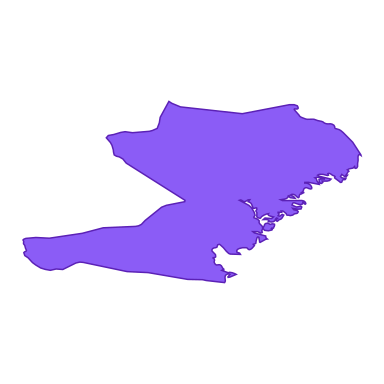 map outline of Västernorrland (Natural Earth projection)
{"feature_id": "SWE-191", "entity_name": "Västernorrland", "entity_type": "County", "adm_level": 1, "iso_a3": "SWE", "parent_name": "Sweden", "parent_adm1": "", "projection": "natural_earth1", "projection_center": [17.916, 63.083], "detail": "fine", "context": "isolated", "style": "filled", "palette": "violet", "viewbox_px": 384, "rotation_deg": 0, "n_neighbors": 0, "source": "natural_earth", "source_scale": "10m", "svg_char_len": 6102}
<svg xmlns="http://www.w3.org/2000/svg" viewBox="0 0 384 384"><path d="M361.0,155.4L360.6,155.1L359.3,154.5L358.4,155.2L358.0,156.8L358.1,160.2L358.0,161.1L357.7,162.7L357.6,163.6L357.6,166.5L356.9,167.8L355.8,168.4L354.9,168.1L354.6,166.5L353.0,168.1L349.2,168.8L347.4,169.8L347.9,170.1L348.9,171.2L348.1,171.8L346.7,174.1L345.9,175.2L347.4,175.2L346.2,176.7L344.8,176.6L341.8,174.4L340.5,176.5L341.7,177.7L344.0,178.3L345.9,178.4L345.3,179.5L344.5,179.7L343.5,179.6L342.6,180.1L342.1,181.1L341.9,181.9L341.5,182.3L340.3,182.4L340.0,182.0L337.8,180.3L337.4,180.1L336.8,179.5L335.3,178.5L334.6,177.8L335.0,176.5L334.1,175.9L332.8,175.4L331.8,174.8L330.5,173.8L328.9,173.3L327.9,173.6L328.4,175.2L327.4,175.5L323.2,174.4L320.1,174.3L318.8,174.5L317.6,175.2L319.1,176.2L331.0,179.1L329.6,180.5L327.2,181.1L322.2,181.1L322.8,182.4L321.6,183.4L320.5,183.3L319.5,182.5L319.2,181.1L319.0,179.5L320.6,179.1L324.3,179.1L324.3,178.4L317.2,177.2L315.0,177.8L316.0,178.4L316.5,179.2L316.7,180.1L317.1,181.1L318.8,183.6L319.2,184.4L308.3,182.3L304.8,182.4L304.8,183.1L306.4,183.1L308.1,183.6L309.7,184.5L310.7,185.4L311.4,186.5L311.8,187.7L311.6,188.7L310.5,189.0L308.9,188.6L307.4,187.9L305.9,187.6L304.3,188.4L303.7,189.3L303.4,190.4L302.9,191.5L301.8,192.4L304.3,192.4L301.0,194.1L300.0,194.3L299.5,194.9L299.0,197.2L298.4,197.7L297.6,197.4L295.1,195.1L294.0,194.5L292.8,194.3L291.6,194.4L290.4,195.1L292.9,196.2L294.2,197.1L295.1,198.3L290.2,197.7L289.9,197.5L289.3,196.5L288.9,196.1L288.3,195.8L288.1,196.2L288.0,196.7L287.9,197.1L288.0,197.2L286.8,198.3L285.0,199.0L280.6,199.7L282.5,200.6L301.9,200.5L303.9,201.0L305.4,202.3L305.8,203.7L305.2,204.2L304.1,203.7L303.4,202.3L302.8,202.3L302.2,204.2L300.4,204.6L298.3,204.2L293.9,202.7L292.8,203.1L292.0,205.0L295.5,206.6L296.7,207.0L299.4,206.4L300.9,206.2L301.8,207.0L301.0,209.0L298.0,209.2L292.6,208.3L293.7,209.7L297.3,210.6L298.2,211.6L297.9,212.5L297.3,213.2L296.4,213.5L294.6,213.8L293.9,214.2L293.3,214.7L292.6,215.1L290.9,215.5L290.1,215.6L288.6,215.2L287.4,215.2L286.9,215.1L286.6,214.8L286.3,213.7L283.9,211.7L282.7,211.0L281.2,211.0L281.4,211.3L281.7,212.3L278.1,212.3L278.1,213.0L278.9,213.3L279.1,214.0L278.7,214.8L278.1,215.7L279.7,216.2L282.2,214.4L283.8,215.1L282.0,218.1L280.8,219.2L279.4,219.6L278.7,220.1L278.0,220.8L277.2,221.3L276.3,220.7L276.3,220.1L276.6,219.3L277.2,218.7L277.6,218.3L276.5,218.0L275.8,218.7L275.2,219.9L274.5,221.0L273.1,221.8L271.5,222.0L268.3,221.6L268.7,220.7L268.9,220.4L267.6,219.7L266.2,219.5L263.2,219.6L265.0,218.0L271.6,218.5L273.5,216.9L270.3,216.1L268.8,215.5L267.8,214.3L268.3,213.7L266.6,214.0L264.0,215.1L261.6,216.6L260.6,218.0L260.1,218.3L258.8,218.0L257.6,217.4L256.9,216.9L256.8,216.1L256.9,212.6L256.8,212.4L256.1,211.5L255.9,211.0L256.1,210.5L256.8,209.6L256.9,209.3L256.6,207.9L255.7,207.9L254.5,208.3L253.4,208.3L252.9,207.6L251.5,204.0L250.9,203.2L250.1,202.6L249.2,202.1L248.2,201.7L248.7,201.2L249.8,199.7L248.1,199.8L245.7,201.3L244.6,201.7L243.2,201.3L241.9,200.4L240.7,199.9L239.4,200.3L248.8,205.3L251.0,207.3L252.4,209.2L254.2,212.3L255.1,215.3L253.9,216.9L253.9,217.7L257.1,219.0L258.0,219.6L258.9,220.5L259.2,220.8L259.1,222.7L259.7,223.7L262.1,226.1L262.7,227.9L262.5,229.0L261.8,230.7L261.9,231.3L262.3,232.2L262.0,232.7L261.3,232.9L260.6,233.0L260.1,232.8L258.3,231.9L257.5,231.6L252.8,231.6L254.3,232.9L265.7,236.0L265.8,237.1L266.1,237.9L266.6,238.5L267.3,239.0L265.7,239.3L260.1,242.4L259.6,242.1L259.5,240.9L258.9,238.0L259.0,237.4L258.7,237.1L257.7,237.0L257.3,237.3L256.9,238.1L256.1,241.1L255.9,242.7L255.7,243.5L255.0,243.8L253.3,244.3L254.4,245.6L252.1,248.2L250.7,249.3L249.2,249.7L248.3,249.3L247.1,248.0L246.4,247.7L242.5,247.7L239.3,248.5L237.7,249.3L236.8,250.4L236.8,252.0L238.0,252.6L239.6,253.1L240.4,254.4L230.5,254.1L229.4,253.8L228.5,253.3L227.1,251.9L226.7,251.7L223.4,247.7L220.1,244.7L219.3,244.3L217.7,244.8L216.9,247.2L215.6,247.7L214.1,247.9L212.8,248.5L212.0,249.5L212.0,251.0L215.3,254.4L215.5,254.7L215.6,255.5L215.7,256.4L215.6,257.0L215.0,257.4L214.1,257.6L213.2,257.7L212.5,257.6L213.3,258.2L214.2,259.0L214.6,260.1L214.2,261.3L214.2,262.3L214.8,263.6L215.7,264.6L216.6,265.0L219.0,264.7L220.0,264.8L221.3,265.7L221.8,266.5L222.4,267.6L223.0,268.5L223.8,269.1L223.8,269.7L223.1,269.6L222.6,269.8L221.7,270.4L228.2,272.7L229.7,272.3L232.2,272.7L234.7,273.6L236.2,274.4L229.9,277.1L228.1,277.4L227.9,276.9L230.0,274.4L228.7,273.9L227.3,274.1L226.1,274.8L225.3,275.7L225.0,277.2L225.1,278.7L225.3,280.1L225.3,281.1L224.8,282.3L224.6,282.6L206.1,280.5L202.7,279.7L187.7,279.4L148.1,272.6L127.1,271.6L83.2,262.4L79.8,262.1L75.9,263.0L62.8,269.5L56.1,269.0L50.4,270.3L45.3,269.4L40.7,268.0L35.9,265.1L32.5,262.6L28.1,257.8L24.8,255.6L23.8,252.7L24.5,251.9L25.9,251.3L26.4,250.6L26.3,250.0L25.5,248.3L24.8,245.6L24.4,244.9L23.6,243.9L23.5,243.5L23.5,243.0L23.7,241.8L23.6,241.2L23.0,240.0L23.8,239.2L25.8,238.4L35.9,237.5L49.3,238.2L82.3,233.3L103.2,227.8L135.5,226.4L138.6,225.8L141.4,224.4L145.2,220.4L161.6,207.2L166.4,205.3L184.7,201.7L185.0,200.3L126.2,163.1L122.9,159.0L119.3,156.9L116.4,156.2L114.2,154.9L113.5,152.0L113.3,149.9L112.0,145.4L110.4,142.5L106.3,137.8L108.3,135.5L113.8,134.5L120.8,132.4L125.1,131.7L132.5,132.7L149.4,131.3L152.4,130.5L157.2,128.4L159.3,122.9L160.2,117.3L168.9,101.4L171.8,103.3L180.5,106.9L242.3,113.7L289.4,104.7L294.2,104.7L297.3,105.8L298.0,107.1L298.2,108.1L297.8,108.7L297.2,109.0L294.5,108.9L294.2,109.2L294.5,110.0L299.1,115.2L299.5,116.0L300.2,116.6L301.3,117.3L305.7,119.0L307.3,119.3L312.9,119.2L314.1,119.3L317.8,120.6L321.3,121.3L322.8,121.8L324.5,123.1L326.2,123.7L327.7,123.9L330.6,123.8L332.2,124.2L333.9,125.2L334.7,126.6L334.7,127.4L334.9,128.1L335.4,128.5L339.1,129.6L340.7,130.5L343.1,132.5L352.7,142.2L360.8,154.7L361.0,155.4ZM271.9,230.0L268.4,230.8L264.5,230.3L262.9,228.3L263.7,226.6L264.4,225.4L264.6,224.4L265.6,223.5L267.3,223.2L268.7,223.5L269.5,224.1L270.3,224.4L272.1,223.8L273.7,224.0L274.5,224.2L274.6,225.0L274.3,226.3L273.7,227.3L273.6,227.9L273.3,228.2L272.4,228.1L271.5,228.2L271.3,228.6L271.9,228.9L272.3,229.4L271.9,230.0Z" fill="#8b5cf6" stroke="#5b21b6" stroke-width="1.5"/></svg>